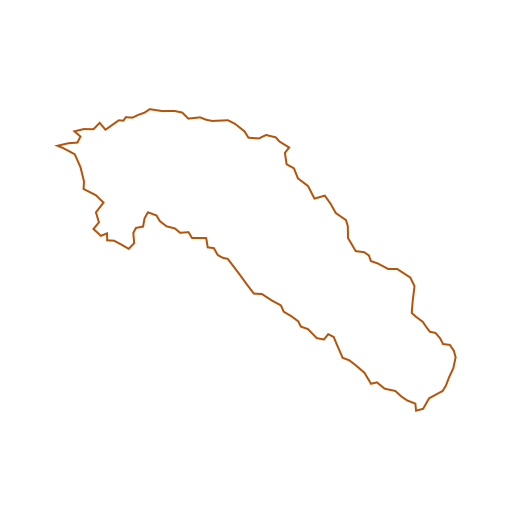 Lefka, Cyprus, rotated 277°
{"feature_id": "46923920B88309634492013", "entity_name": "Lefka", "entity_type": "district", "adm_level": 2, "iso_a3": "CYP", "parent_name": "Cyprus", "parent_adm1": "", "projection": "robinson", "projection_center": [32.83, 35.094], "detail": "fine", "context": "isolated", "style": "outline", "palette": "amber", "viewbox_px": 512, "rotation_deg": 277, "n_neighbors": 0, "source": "geoboundaries", "source_scale": "gbopen_adm2", "svg_char_len": 1825}
<svg xmlns="http://www.w3.org/2000/svg" viewBox="0 0 512 512"><g transform="rotate(277 256 256)"><path d="M263.0,91.4L257.1,99.6L260.3,105.4L253.4,106.4L253.9,113.2L251.3,120.0L247.6,128.8L253.9,133.5L264.0,131.4L269.3,133.5L271.4,140.3L279.8,140.8L286.2,143.4L284.1,152.3L278.8,156.4L274.5,163.7L273.5,172.1L269.8,177.8L271.4,186.1L266.1,190.3L267.7,204.4L258.7,207.0L258.7,213.2L252.3,217.9L250.2,223.1L249.7,228.3L244.4,233.5L236.4,241.3L225.8,251.2L218.4,258.5L219.0,266.4L213.7,277.3L210.0,286.7L204.1,290.3L200.4,298.7L196.2,306.0L191.4,309.1L189.8,316.4L181.9,326.3L181.4,333.6L187.2,337.2L185.1,343.0L178.7,346.6L165.5,354.4L163.9,361.2L160.2,367.5L153.3,377.9L143.2,385.7L145.3,391.4L140.0,399.8L139.0,410.7L134.2,417.5L131.0,423.8L128.9,432.1L127.8,432.4L122.0,433.7L124.7,440.5L135.8,445.1L141.1,452.4L144.8,457.7L150.6,460.3L159.1,462.4L168.6,465.5L179.8,466.5L186.1,463.9L191.4,459.2L191.4,452.4L196.7,448.8L201.5,443.6L202.0,437.8L206.8,433.2L211.0,429.5L215.2,422.2L218.4,417.5L230.1,417.0L245.4,417.0L253.4,411.8L256.5,405.5L260.3,397.7L259.2,388.8L263.4,377.9L265.0,370.6L270.3,368.0L273.0,362.8L273.0,354.4L285.1,345.1L296.8,343.5L302.6,340.9L308.4,329.9L316.9,323.7L324.3,316.9L320.1,307.0L331.7,299.2L336.1,291.7L338.1,288.2L347.6,283.0L350.8,275.2L361.9,272.1L367.7,275.7L372.5,265.3L376.2,261.1L377.3,251.2L373.0,244.5L372.5,234.1L378.3,229.4L384.7,218.9L387.3,211.6L384.7,196.0L385.2,189.8L386.8,183.5L384.1,172.1L389.4,165.3L390.0,157.5L388.4,145.0L388.8,132.6L384.7,127.9L381.7,121.9L378.3,116.6L377.9,109.9L374.2,107.9L373.9,103.2L363.0,91.2L369.1,84.6L362.0,79.2L361.0,69.6L357.6,60.6L353.2,67.2L346.8,64.9L345.1,56.2L341.2,45.5L339.7,51.2L334.9,63.7L322.7,71.0L309.0,76.2L301.5,76.7L296.8,89.7L290.4,98.1L279.8,91.8L270.3,96.0L263.0,91.4Z" fill="none" stroke="#b45309" stroke-width="2"/></g></svg>